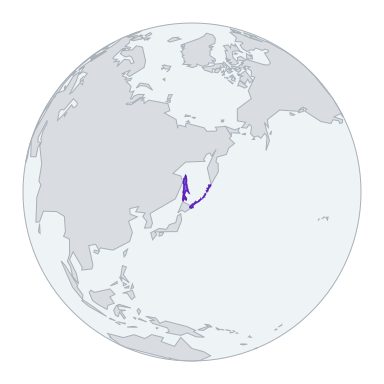 the Earth from above Sakhalin
{"feature_id": "RUS-2616", "entity_name": "Sakhalin", "entity_type": "Region", "adm_level": 1, "iso_a3": "RUS", "parent_name": "Russia", "parent_adm1": "", "projection": "orthographic", "projection_center": [146.417, 48.915], "detail": "fine", "context": "on_globe", "style": "filled", "palette": "violet", "viewbox_px": 384, "rotation_deg": 0, "n_neighbors": 0, "source": "natural_earth", "source_scale": "10m", "svg_char_len": 16439}
<svg xmlns="http://www.w3.org/2000/svg" viewBox="0 0 384 384"><circle cx="192" cy="192" r="169" fill="#eef3f6" stroke="#a8b0b8"/><path d="M281.8,324.7L281.8,325.2L281.6,325.3L281.8,324.7ZM341.4,113.2L342.7,115.6L343.0,116.9L340.5,113.6L333.9,116.9L342.6,119.7L342.4,122.7L339.9,123.6L338.4,120.6L332.8,119.8L330.9,123.5L320.8,121.5L304.6,110.9L307.0,109.2L302.8,107.1L299.6,109.3L298.5,111.3L279.7,110.0L267.4,119.7L268.4,127.5L264.3,122.4L269.5,140.7L266.0,150.5L267.0,136.6L264.8,133.2L260.9,138.3L257.7,135.9L254.0,137.1L250.7,133.9L251.5,126.4L249.3,124.3L246.7,128.1L241.6,127.6L245.8,122.3L237.4,120.9L237.3,109.0L251.3,98.7L248.3,90.7L254.9,77.1L251.3,76.3L251.5,71.1L247.5,68.3L249.9,66.9L244.6,66.0L243.2,67.8L240.4,68.1L237.9,66.8L240.5,64.6L242.2,65.0L241.6,63.7L244.0,63.2L241.4,62.7L244.8,60.5L237.8,60.7L237.4,57.4L240.7,56.4L245.1,59.1L263.6,64.6L268.3,65.1L270.5,62.8L264.5,52.8L267.7,52.6L268.6,50.4L264.7,49.1L262.6,50.5L255.5,48.0L253.8,50.3L250.7,49.8L247.0,51.5L242.5,48.6L240.1,45.0L242.8,43.5L241.9,42.0L235.1,41.5L236.3,37.4L230.1,32.5L231.0,31.9L240.1,33.7L250.6,38.2L262.4,41.9L249.6,37.0L252.0,36.2L250.2,35.2L247.1,34.0L244.2,33.4L243.9,32.8L256.5,37.0L256.9,37.6L252.9,36.2L257.9,38.4L266.4,41.9L266.9,41.6L279.1,48.3L279.7,48.2L282.7,49.9L281.0,49.4L284.2,50.6L298.7,61.0L299.5,61.7L304.3,65.8L308.1,69.4L313.1,74.7L314.1,75.4L319.4,82.1L326.6,91.0L332.7,98.5L333.1,99.1L341.4,113.2ZM327.4,220.0L326.0,217.3L328.2,217.1L327.4,220.0ZM324.2,217.0L324.9,217.6L324.2,217.3L324.2,217.0ZM323.1,217.6L323.9,217.2L323.1,218.0L323.1,217.6ZM321.7,218.9L322.4,218.1L322.3,218.3L321.7,218.9ZM319.0,219.9L318.3,220.0L318.9,219.0L319.0,219.9ZM298.5,112.7L299.9,109.7L303.9,108.7L303.2,111.5L298.5,112.7ZM290.3,114.9L290.0,112.6L294.7,114.6L293.4,115.3L290.3,114.9ZM269.8,133.8L271.5,130.9L270.9,134.5L269.8,133.8ZM254.1,137.9L254.6,139.5L252.5,139.5L254.1,137.9ZM249.8,53.0L248.5,52.3L249.8,52.3L249.8,53.0ZM249.5,54.6L252.0,55.2L252.2,56.0L250.6,55.6L249.5,54.6ZM245.4,134.7L241.8,134.3L245.6,133.3L245.4,134.7ZM246.3,53.6L252.3,57.4L252.6,59.0L246.9,58.8L246.3,53.6ZM239.8,133.2L231.1,132.8L231.5,136.3L225.5,126.4L234.9,129.9L239.5,128.1L238.1,130.9L239.8,133.2ZM243.9,69.0L245.2,67.0L246.4,70.0L243.9,69.0ZM245.3,70.9L252.8,80.4L249.6,82.9L247.7,79.1L245.3,83.7L240.0,80.3L240.1,77.0L243.3,76.0L238.8,75.5L245.3,70.9ZM223.6,121.3L221.7,120.2L223.9,119.9L223.6,121.3ZM239.4,68.5L241.2,70.1L238.5,72.4L234.4,69.7L236.6,69.8L239.4,68.5ZM247.3,86.7L244.5,88.1L239.5,85.7L237.7,85.9L239.6,80.5L247.3,86.7ZM235.9,68.6L232.4,68.3L231.4,66.0L237.5,67.1L235.9,68.6ZM239.6,74.2L238.1,75.2L237.6,73.7L239.6,74.2ZM225.8,58.3L228.1,59.9L226.8,61.2L225.8,58.3ZM231.1,68.3L231.5,69.1L231.2,69.9L228.7,69.3L231.1,68.3ZM235.9,79.2L234.4,78.0L234.9,81.3L231.1,79.8L233.0,76.5L230.6,77.3L229.5,76.9L232.3,74.7L235.9,79.2ZM225.5,71.0L226.6,66.6L222.8,63.2L223.7,61.9L229.8,67.6L225.5,71.0ZM229.3,73.3L227.2,71.5L229.4,70.7L232.3,71.4L229.3,73.3ZM227.9,80.0L233.1,83.2L232.5,83.8L227.9,80.0ZM223.9,70.1L223.7,71.2L223.4,70.0L223.9,70.1ZM226.1,77.1L228.1,78.1L227.4,78.8L226.1,77.1ZM221.6,72.7L221.9,71.2L223.9,71.6L221.6,72.7ZM223.3,74.8L221.8,75.6L224.4,72.6L224.3,75.1L223.3,74.8ZM225.1,77.6L225.3,78.3L224.4,77.1L225.1,77.6ZM214.0,72.2L216.7,68.4L221.0,69.2L217.8,72.8L214.0,72.2ZM115.0,41.6L100.2,50.7L97.0,52.9L94.6,54.0L76.0,69.3L75.5,70.6L63.4,84.5L58.3,92.8L64.8,90.3L73.2,76.5L79.3,71.9L76.4,80.9L69.8,93.9L71.9,92.6L80.0,82.9L82.5,84.8L83.3,79.6L80.0,82.5L80.4,79.5L83.5,76.7L84.2,77.3L87.3,73.4L82.9,71.8L79.1,74.6L84.8,66.2L79.0,70.2L79.2,68.9L89.0,61.7L91.1,61.1L106.1,51.5L104.5,51.4L90.2,60.5L92.8,58.3L90.5,58.7L94.4,56.6L110.4,47.2L118.3,41.6L121.3,38.5L137.0,32.3L141.4,31.3L127.3,37.3L129.1,37.4L137.9,35.1L132.9,37.3L134.7,37.2L130.0,39.8L129.1,43.2L125.2,46.2L130.5,47.5L129.2,49.3L126.4,47.9L122.4,48.8L113.2,57.4L113.1,59.0L117.3,59.3L114.3,61.8L119.5,61.0L117.0,66.6L124.4,59.3L129.5,60.0L131.1,63.7L134.1,62.7L131.5,56.9L129.3,55.9L125.3,57.0L120.4,53.7L122.3,50.8L132.4,49.8L136.3,45.8L142.5,47.2L145.6,61.2L144.0,67.5L129.5,76.5L126.7,74.5L130.4,70.1L121.8,73.7L124.9,73.6L122.4,75.9L126.7,77.6L125.1,79.4L131.8,78.2L130.4,80.5L126.1,81.2L131.1,86.3L129.6,91.7L131.5,92.1L133.9,90.9L130.4,98.9L131.9,98.9L133.7,96.2L138.0,94.4L144.1,94.5L142.5,97.2L140.1,97.6L132.6,102.7L126.4,103.4L126.4,104.6L131.4,104.6L140.5,98.4L144.6,97.7L140.7,100.9L142.4,99.7L144.0,100.2L144.1,103.5L148.6,100.1L167.9,103.7L169.9,110.7L164.3,112.9L176.1,119.5L177.5,127.6L179.1,125.0L185.9,126.9L185.5,124.3L186.8,123.3L204.1,127.8L206.9,131.3L216.1,131.1L217.0,129.9L215.4,127.2L225.5,126.4L231.5,136.3L229.3,138.5L234.6,143.4L228.7,148.0L226.4,154.4L217.0,157.1L215.9,162.1L218.1,163.5L218.3,171.8L211.1,184.5L207.3,168.0L216.1,149.3L211.7,156.2L209.8,152.9L206.5,154.4L203.6,159.6L205.0,161.3L185.6,162.1L172.9,173.5L180.8,176.0L182.9,181.9L175.4,198.8L150.0,213.6L152.5,223.1L150.8,227.7L144.5,228.1L146.8,221.3L142.8,216.6L145.1,212.9L135.7,211.8L138.5,206.6L129.8,208.6L130.1,214.2L137.3,216.8L128.5,221.3L132.4,232.3L129.7,241.4L112.9,250.1L100.4,247.9L98.9,250.0L95.6,244.3L88.7,245.6L92.9,265.0L91.9,268.9L81.8,270.1L82.1,267.1L73.1,251.8L69.6,259.6L76.3,273.3L78.6,283.8L72.6,276.6L70.6,266.9L67.4,261.2L69.6,254.1L69.5,239.2L63.6,236.3L65.4,231.6L64.4,216.4L56.6,211.6L43.4,211.2L39.5,221.9L35.9,222.1L36.8,197.4L40.9,184.7L38.9,181.3L41.7,164.2L39.8,145.7L41.6,141.5L40.8,139.1L43.2,130.5L46.8,124.1L47.2,120.3L38.2,137.4L37.9,141.7L40.7,142.5L37.9,147.3L36.0,156.8L30.7,156.7L31.3,139.9L34.9,130.9L53.5,98.1L54.9,97.0L55.2,96.7L55.6,96.2L53.7,97.3L58.1,91.8L44.4,110.9L40.5,117.4L31.3,140.0L31.3,139.9L29.4,146.3L27.5,157.3L26.7,159.8L25.6,162.9L28.1,151.1L31.4,139.6L35.5,128.3L40.4,117.3L46.1,106.8L52.5,96.6L59.7,86.9L67.5,77.8L75.9,69.3L84.9,61.3L94.5,54.0L104.5,47.5L115.0,41.6ZM59.2,111.6L57.5,120.5L64.5,113.5L64.4,116.4L66.8,113.1L65.0,112.9L71.7,104.8L73.3,107.9L76.7,105.9L77.4,102.8L73.4,98.7L63.8,110.0L61.5,109.3L59.2,111.6ZM251.3,36.0L250.2,35.6L247.4,34.4L249.5,35.0L251.3,36.0ZM230.7,29.6L230.7,28.8L232.1,29.7L234.9,30.1L241.4,32.8L231.8,31.8L235.0,31.6L230.7,29.6ZM247.3,36.5L244.3,34.6L248.0,36.7L247.3,36.5ZM149.6,35.5L146.1,36.3L145.1,35.4L150.2,32.6L151.7,33.7L149.6,35.5ZM141.4,37.8L150.0,38.0L147.3,40.1L147.3,38.8L144.6,40.2L144.1,38.5L132.9,40.7L131.3,40.1L141.5,34.6L139.1,36.5L142.7,35.5L141.4,37.8ZM177.1,38.0L180.8,39.0L169.9,42.1L167.7,40.9L172.6,37.7L178.1,37.3L177.1,38.0ZM235.1,52.9L237.2,53.7L236.5,54.2L234.1,54.0L235.1,52.9ZM227.0,58.9L225.0,50.4L227.4,50.8L223.4,45.8L228.1,44.9L230.5,48.1L231.1,43.9L235.1,46.4L234.8,43.5L239.6,50.7L243.3,53.0L237.5,50.7L233.1,51.4L232.3,52.4L232.8,57.2L238.5,63.0L235.0,64.9L231.1,64.7L229.3,63.6L232.1,62.7L227.5,61.9L230.2,59.7L227.0,58.9ZM187.3,66.1L191.3,64.7L182.7,64.3L185.3,61.5L184.1,61.6L184.1,59.0L182.1,56.1L183.9,55.2L182.4,54.5L182.3,52.9L180.8,51.7L183.6,49.6L181.9,48.1L184.2,48.0L180.5,46.0L184.5,46.6L184.8,44.8L180.8,45.1L199.6,38.4L204.4,35.7L206.3,33.2L212.9,35.0L215.3,38.7L214.8,43.4L209.2,46.0L213.2,46.5L211.7,48.0L209.2,47.0L212.1,49.5L210.2,50.5L209.9,55.6L215.3,59.1L215.3,61.2L212.2,60.4L214.4,63.1L208.5,63.0L208.4,64.6L202.5,66.3L196.7,64.0L196.9,66.0L192.5,67.6L187.3,66.1ZM212.2,72.6L204.6,70.1L202.3,67.5L213.5,65.7L214.4,64.3L221.5,63.4L224.7,67.3L222.4,67.2L220.9,68.0L220.5,66.4L219.7,68.3L216.5,68.2L215.0,69.7L212.9,68.5L212.2,72.6ZM96.1,54.0L94.2,55.6L91.7,57.8L90.1,58.3L96.1,54.0ZM107.0,47.5L105.6,48.5L102.3,50.0L104.3,48.5L107.0,47.5ZM107.8,48.1L105.8,48.5L108.1,47.4L107.8,48.1ZM125.4,49.1L124.3,50.5L123.0,50.7L122.3,50.0L125.4,49.1ZM162.2,65.5L164.9,64.8L165.2,65.5L170.9,66.3L169.5,68.7L165.4,69.1L162.2,65.5ZM64.6,88.8L64.4,87.3L65.9,85.5L65.6,86.3L64.6,88.8ZM76.6,71.3L72.5,75.7L76.2,71.4L76.6,71.3ZM161.5,68.2L164.0,68.2L161.8,69.4L161.5,68.2ZM168.7,70.4L166.5,72.0L169.9,69.1L168.7,70.4ZM115.2,321.9L120.0,324.3L119.9,324.7L115.2,321.9ZM110.1,318.1L115.4,320.7L109.4,318.7L110.1,318.1ZM117.5,321.6L122.9,323.0L125.3,323.2L125.0,324.0L117.5,321.6ZM106.6,316.5L88.6,306.2L81.8,300.6L83.1,299.9L94.1,307.3L106.6,316.5ZM82.6,299.5L72.6,287.3L61.1,261.0L65.1,265.2L77.7,285.6L76.8,286.5L82.9,294.9L82.6,299.5ZM107.9,305.3L107.0,309.5L96.8,303.7L92.4,300.3L89.2,292.3L91.0,290.1L94.5,292.4L109.9,288.9L115.0,294.3L109.9,296.8L114.2,303.3L107.9,305.3ZM39.6,223.6L40.1,233.4L38.4,231.8L39.6,223.6ZM117.3,283.5L110.3,285.8L117.0,281.4L117.3,283.5ZM121.9,278.3L121.8,281.2L119.7,277.4L121.9,278.3ZM97.7,253.9L93.9,252.2L94.3,250.1L99.6,251.1L97.7,253.9ZM127.6,249.0L125.6,255.2L124.1,256.9L123.4,252.3L127.6,249.0ZM152.6,90.3L146.3,86.3L140.8,85.5L136.2,88.0L140.0,83.0L148.5,84.3L152.6,90.3ZM166.2,101.6L170.2,99.7L170.3,101.9L169.4,102.6L166.2,101.6ZM167.3,99.5L168.7,94.7L172.2,94.6L170.4,98.4L167.3,99.5ZM164.8,80.7L163.0,79.3L164.9,78.3L164.8,80.7ZM188.6,360.9L188.3,360.9L196.2,360.9L188.6,360.9ZM255.4,348.6L255.6,348.5L254.4,348.7L257.1,347.9L257.7,347.7L255.4,348.6ZM154.5,354.9L126.2,347.5L119.2,344.3L119.2,343.9L109.2,336.7L111.3,337.8L107.7,333.5L123.4,337.6L134.0,334.7L144.8,338.5L151.7,334.6L163.5,337.6L161.1,341.5L174.6,346.4L180.7,337.4L191.9,348.5L203.7,351.7L210.6,355.8L200.4,360.4L191.8,360.9L188.8,360.7L185.6,360.7L178.6,360.2L172.1,358.7L169.0,358.6L170.8,358.0L166.9,358.2L162.1,356.7L154.5,354.9ZM240.0,344.2L242.5,343.9L247.3,344.2L243.3,344.9L240.0,344.2ZM275.7,329.1L277.4,329.1L274.6,330.4L275.7,329.1ZM281.6,325.3L278.2,327.1L281.8,324.7L281.6,325.3ZM249.7,336.9L251.2,337.2L250.3,337.6L249.7,336.9ZM248.6,336.9L249.7,335.7L249.9,336.7L248.6,336.9ZM235.7,333.5L237.0,332.8L237.7,333.1L235.7,333.5ZM127.1,327.1L133.6,326.3L137.4,327.3L127.1,327.1ZM233.5,332.5L230.1,332.8L230.3,332.2L233.5,332.5ZM233.4,331.1L232.9,330.2L235.4,332.0L233.4,331.1ZM226.7,329.7L231.0,330.9L226.2,330.0L226.7,329.7ZM224.3,330.1L221.3,329.6L221.5,329.3L224.3,330.1ZM193.6,331.5L204.4,337.2L196.3,336.9L187.1,332.9L181.0,335.4L166.4,332.7L169.4,331.3L167.2,327.8L152.8,323.5L150.0,320.6L154.8,320.4L145.7,316.3L155.6,317.9L159.9,323.3L165.6,321.0L176.1,323.7L186.6,326.5L195.6,330.4L193.6,331.5ZM156.2,327.6L158.0,328.0L156.5,328.9L156.2,327.6ZM215.7,327.5L220.0,329.4L219.6,329.9L217.5,329.7L215.7,327.5ZM197.6,329.8L207.0,326.6L209.4,326.7L203.2,330.5L197.6,329.8ZM204.5,324.2L209.1,324.8L211.7,326.8L210.8,327.3L204.5,324.2ZM135.9,318.0L135.6,319.1L133.1,317.3L135.9,318.0ZM139.1,318.3L146.7,321.9L138.4,319.1L139.1,318.3ZM117.3,305.8L119.3,309.7L125.8,310.3L120.9,311.1L125.5,317.7L124.2,318.9L119.5,312.0L118.3,316.6L115.5,315.3L113.7,310.1L116.4,305.6L119.2,304.3L131.0,308.0L117.3,305.8ZM138.9,314.6L137.0,310.4L138.5,308.5L140.6,311.1L138.9,314.6ZM131.7,299.5L127.1,293.2L122.5,293.1L132.3,290.3L135.0,296.9L131.7,299.5ZM128.6,288.0L124.2,287.9L129.0,285.9L128.6,288.0ZM123.3,285.9L123.3,282.5L126.5,284.3L123.3,285.9ZM130.7,289.0L132.4,283.8L133.6,287.7L130.7,289.0ZM123.3,274.5L129.3,282.9L120.6,276.7L122.5,265.6L126.4,267.0L123.3,274.5ZM159.0,236.2L159.3,232.4L163.5,232.8L162.1,235.3L159.0,236.2ZM177.2,231.6L164.7,231.7L154.7,232.0L156.8,234.5L152.7,239.8L150.7,232.8L159.2,228.4L166.4,229.3L169.4,224.6L175.8,222.6L177.4,215.9L180.8,213.8L181.6,220.3L177.2,231.6ZM177.8,213.0L182.8,201.6L189.7,205.3L190.1,208.6L184.9,212.2L181.6,210.0L177.8,213.0ZM186.1,200.1L182.9,197.9L183.7,178.8L185.5,175.8L188.6,191.8L185.8,190.7L184.4,194.9L186.1,200.1ZM221.3,121.8L221.6,120.3L222.7,122.0L221.3,121.8ZM186.5,121.8L188.4,120.6L189.6,122.4L186.5,121.8ZM194.5,118.5L191.8,117.2L195.3,117.4L194.5,118.5ZM185.6,114.8L191.0,116.2L184.9,116.6L185.6,114.8Z" fill="#d9dde1" stroke="#a8b0b8" stroke-width="1"/><path d="M185.3,176.0L185.5,176.1L185.5,175.9L185.6,175.6L186.1,176.5L185.9,177.2L185.8,177.3L186.0,177.8L185.9,177.4L185.9,177.6L186.0,177.8L186.0,178.0L186.1,178.3L186.2,178.2L186.2,178.3L186.2,178.5L186.3,178.7L186.4,178.8L186.6,180.2L186.5,180.4L186.5,181.0L186.4,181.5L186.2,181.8L186.2,181.5L186.4,181.4L186.4,181.0L186.1,181.8L186.1,182.4L186.0,182.5L186.1,182.8L186.1,183.0L186.3,183.7L186.2,183.7L186.1,184.2L186.4,184.2L186.4,183.8L186.5,184.1L186.6,184.7L186.4,184.7L186.6,184.9L186.6,185.1L186.6,184.8L187.1,187.8L187.4,188.7L187.6,189.5L187.6,189.8L187.8,190.2L187.8,190.4L187.9,191.0L188.1,191.5L188.6,192.1L188.7,192.6L188.8,192.8L188.6,192.7L188.5,192.3L188.3,191.9L187.9,191.5L187.8,191.3L187.5,190.9L186.8,190.7L186.4,190.6L186.2,190.5L185.9,190.5L186.1,190.6L186.7,190.7L186.1,190.7L185.8,190.9L185.4,191.2L185.3,191.5L185.4,191.8L184.9,192.9L184.4,194.5L184.3,195.2L184.4,195.6L184.7,196.2L184.9,196.3L185.2,196.7L185.2,197.1L185.2,197.3L185.4,197.8L185.5,197.9L185.3,198.0L185.4,198.4L185.6,198.3L185.8,198.5L185.9,198.4L185.5,198.2L185.8,198.1L186.0,198.0L186.1,198.8L186.2,199.2L186.2,199.3L186.3,199.4L186.0,199.9L186.0,200.2L185.9,200.4L185.9,199.8L185.7,199.3L185.7,199.0L185.8,199.0L185.9,198.9L185.6,198.8L185.4,198.7L185.2,198.7L184.9,198.6L184.7,198.7L184.5,198.2L184.3,198.3L184.0,198.5L183.9,198.7L183.6,199.4L183.4,200.3L183.2,200.4L183.1,200.6L182.8,200.2L182.8,199.5L182.7,198.7L183.2,197.2L183.3,196.9L183.1,196.5L183.2,196.3L183.1,196.0L183.2,195.6L183.5,194.9L183.7,194.6L183.6,193.5L183.2,192.6L183.1,192.1L183.4,191.9L183.5,191.3L183.5,191.2L183.6,190.9L183.6,190.6L183.8,190.2L183.9,189.5L183.9,188.9L184.0,188.3L183.9,187.7L184.0,187.5L183.8,186.9L183.9,186.5L184.0,186.1L184.0,185.9L184.3,185.5L184.3,185.3L184.2,184.9L184.2,184.7L184.0,184.4L184.0,184.2L183.8,184.0L183.8,183.8L183.7,183.8L183.6,183.6L183.4,183.4L183.6,183.5L183.6,183.4L183.6,183.2L183.3,183.0L183.4,182.9L183.4,182.4L183.5,182.2L183.4,182.0L183.4,181.8L183.4,181.7L183.7,181.3L183.8,180.9L183.8,180.7L183.9,180.0L184.0,179.7L183.9,179.2L183.9,178.9L183.9,178.7L184.2,178.4L184.7,178.2L184.7,178.5L185.0,178.7L185.3,178.3L185.5,178.2L185.3,178.1L185.2,178.2L185.2,177.9L185.4,177.8L185.5,177.9L185.7,177.7L185.7,177.4L185.5,177.7L185.3,177.7L185.6,177.3L185.6,177.0L185.2,176.4L185.1,176.2L184.9,175.9L185.2,176.1L185.3,176.0ZM196.9,202.2L197.0,202.4L197.0,202.5L196.9,202.5L196.5,202.5L196.2,202.7L195.9,202.8L195.1,203.6L194.8,203.7L194.7,203.5L194.6,203.8L194.4,204.0L193.8,204.5L193.7,204.8L193.3,204.9L193.1,205.2L192.9,205.2L193.0,205.0L193.1,204.9L193.1,204.6L193.2,204.8L193.3,204.7L193.2,204.5L193.4,204.6L193.6,204.4L193.6,204.2L193.4,204.1L193.5,204.0L193.8,203.9L194.2,203.6L194.3,203.3L194.5,203.3L194.8,203.0L195.1,202.8L195.0,202.5L195.2,202.2L195.3,202.7L195.4,202.8L195.9,202.7L196.4,202.1L196.8,201.9L197.0,202.0L196.9,202.2ZM210.1,185.8L210.2,186.1L210.0,186.4L209.8,186.9L209.7,187.0L209.3,187.2L209.1,187.4L209.0,187.8L208.9,187.8L208.9,187.7L208.6,187.6L208.6,187.4L208.6,187.2L208.9,186.7L209.4,186.5L209.5,186.3L209.6,185.7L209.9,185.4L210.0,185.4L210.1,185.8ZM191.8,205.2L192.3,205.2L192.2,205.4L191.8,205.6L191.4,205.7L191.0,206.1L190.9,206.4L190.7,206.5L190.4,206.8L190.2,206.9L190.2,207.5L190.2,207.3L190.1,207.2L189.9,207.3L189.9,206.9L190.5,206.3L190.7,206.0L190.8,205.9L190.9,205.7L191.1,205.6L191.4,205.0L191.5,205.0L191.8,205.2ZM200.0,199.8L200.5,199.7L200.1,200.1L199.8,200.3L199.7,200.4L199.7,200.6L199.4,200.9L199.2,201.0L198.6,201.6L198.2,201.7L198.3,201.4L198.5,201.3L198.7,200.9L199.0,200.8L199.4,200.2L199.7,200.1L199.7,199.9L200.0,199.8ZM210.6,185.0L210.7,185.3L210.6,185.7L210.3,185.7L210.2,185.6L210.2,185.3L210.4,185.1L210.6,185.0ZM208.0,188.9L208.2,189.0L208.0,189.5L208.1,189.8L207.9,190.1L207.7,190.0L207.7,189.8L207.7,189.6L207.9,189.2L208.0,188.9ZM203.6,196.8L203.7,196.7L203.8,196.8L203.6,197.0L203.3,197.5L203.0,197.9L202.9,197.9L202.7,197.8L202.7,197.7L203.0,197.6L203.6,196.7L203.6,196.8ZM192.9,206.8L193.1,206.9L193.1,207.1L192.6,207.2L192.6,207.3L192.4,207.2L192.9,206.8ZM209.0,185.4L208.8,185.3L208.7,185.2L208.8,185.1L209.1,185.1L209.2,185.4L209.0,185.4ZM207.1,191.2L207.1,191.3L206.8,191.7L206.8,191.8L206.7,191.8L206.7,191.7L206.9,191.5L206.9,191.3L207.1,191.2ZM207.7,190.4L207.7,190.6L207.4,190.5L207.7,190.4ZM204.1,196.0L204.2,196.3L204.0,196.2L204.1,196.0ZM205.1,194.7L205.2,194.9L205.1,195.0L205.0,194.9L205.1,194.7ZM205.5,193.9L205.5,194.0L205.4,194.0L205.2,193.8L205.3,193.7L205.5,193.9ZM191.3,207.9L191.6,207.9L191.6,208.0L191.4,208.1L191.3,207.9ZM207.2,188.5L207.3,188.6L207.3,188.8L207.2,188.8L207.1,188.7L207.2,188.5ZM190.8,208.1L191.0,208.2L190.9,208.2L190.8,208.1ZM200.9,198.9L201.0,199.0L200.9,199.0L200.9,198.9ZM191.9,207.5L191.7,207.6L191.8,207.5L191.9,207.5ZM191.3,208.1L191.2,208.2L191.3,208.1L191.3,208.1ZM185.3,176.0L185.4,175.9L185.3,176.0Z" fill="#8b5cf6" stroke="#5b21b6" stroke-width="1.5"/></svg>